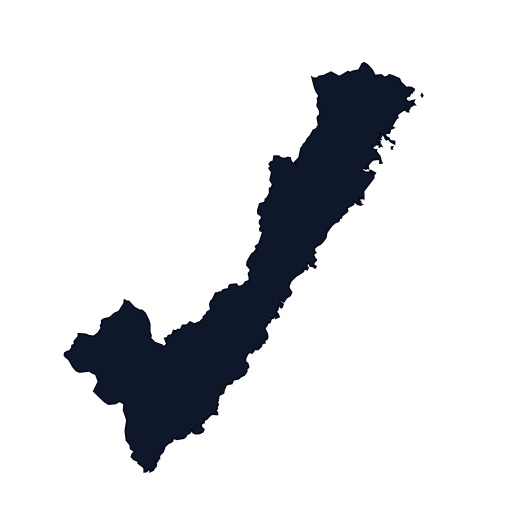 Bolaang Mongondow Selatan, Sulawesi Utara, Indonesia (Natural Earth projection), rotated 315°
{"feature_id": "22746128B14720240696101", "entity_name": "Bolaang Mongondow Selatan", "entity_type": "district", "adm_level": 2, "iso_a3": "IDN", "parent_name": "Indonesia", "parent_adm1": "Sulawesi Utara", "projection": "natural_earth1", "projection_center": [123.982, 0.455], "detail": "fine", "context": "isolated", "style": "filled", "palette": "ink", "viewbox_px": 512, "rotation_deg": 315, "n_neighbors": 0, "source": "geoboundaries", "source_scale": "gbopen_adm2", "svg_char_len": 6085}
<svg xmlns="http://www.w3.org/2000/svg" viewBox="0 0 512 512"><g transform="rotate(315 256 256)"><path d="M101.3,192.4L99.2,194.7L97.0,195.1L95.7,197.5L89.9,198.8L84.5,198.0L81.6,194.3L80.3,191.0L75.5,185.3L73.4,187.3L67.2,187.7L65.2,190.2L62.6,189.1L60.9,190.7L56.6,191.3L55.2,190.0L52.2,189.3L50.3,190.6L49.9,192.7L50.4,196.8L48.2,204.8L47.8,209.8L49.1,213.3L56.8,219.4L57.9,224.1L59.1,226.0L55.8,233.4L45.6,236.8L45.8,251.5L46.9,256.5L52.3,261.0L56.8,262.2L58.1,267.3L53.3,271.3L48.8,280.6L40.0,287.1L34.0,294.7L33.4,300.7L31.0,303.5L32.0,308.3L27.9,308.7L25.8,309.9L25.7,313.6L27.4,317.4L26.1,319.3L27.0,325.1L26.7,327.0L24.2,329.7L26.5,331.2L28.4,330.7L29.7,332.9L28.6,333.7L32.2,334.9L33.7,333.8L34.2,334.4L36.0,333.5L36.4,334.1L38.4,332.8L39.4,330.0L40.3,331.6L41.6,331.6L43.3,330.1L44.3,331.2L46.6,328.9L51.9,328.8L53.0,328.3L52.7,327.2L53.3,326.9L54.2,327.8L56.6,326.4L61.8,326.5L64.0,327.7L65.0,326.9L66.0,328.0L67.2,327.0L69.3,327.0L70.1,329.5L76.0,333.8L78.7,334.1L80.5,333.3L84.5,334.5L86.9,333.4L87.4,334.4L86.6,336.4L87.5,339.0L90.7,341.7L94.2,342.8L96.6,341.9L96.4,339.4L97.3,337.0L99.5,336.2L101.5,337.2L103.4,334.7L104.5,335.5L103.9,335.9L105.7,336.5L111.6,336.4L113.4,337.1L116.6,340.9L118.0,339.6L118.2,336.9L120.8,336.6L121.6,335.1L124.2,334.5L125.4,331.9L127.1,331.5L127.7,330.3L128.9,330.3L130.9,328.3L136.2,330.0L139.0,328.0L144.2,326.1L148.7,329.2L152.3,327.6L156.8,330.5L160.1,330.7L163.5,332.0L168.0,331.1L169.1,329.6L172.4,329.4L174.2,326.0L173.8,324.2L174.6,322.3L177.4,320.5L182.7,319.0L184.5,321.8L187.0,321.8L188.4,320.5L191.2,323.6L195.9,323.7L198.0,322.2L199.0,322.7L199.7,322.1L200.8,323.8L201.9,322.2L203.7,322.2L204.1,321.4L204.1,322.3L205.0,322.6L206.8,321.8L208.8,319.4L210.9,313.6L211.8,313.0L214.3,313.0L216.5,311.8L219.0,312.9L222.5,311.0L224.6,312.4L227.0,311.2L227.6,312.2L226.0,314.1L229.5,315.4L230.7,311.9L229.5,312.0L231.5,308.9L232.6,309.7L236.7,307.5L238.4,308.5L237.1,309.7L237.3,310.6L238.3,310.7L241.1,309.2L240.9,307.3L239.8,306.0L241.5,304.9L242.3,305.2L243.1,308.2L247.8,307.2L252.3,308.2L255.7,306.8L256.5,302.6L257.7,300.6L263.0,298.5L269.7,298.5L277.7,300.4L279.4,300.2L281.0,298.9L282.5,302.0L284.5,301.1L284.6,299.0L287.6,297.6L288.2,299.3L287.1,301.6L288.8,303.2L289.2,306.3L290.1,306.3L291.2,305.7L290.2,303.8L291.8,301.7L295.8,301.6L296.3,300.9L295.3,299.0L296.6,298.4L297.2,296.1L298.4,295.4L300.6,296.0L301.1,293.1L303.0,291.9L306.1,292.0L310.2,293.3L314.0,293.2L318.7,292.3L322.5,289.5L330.9,288.1L335.6,288.4L338.9,290.0L341.7,288.6L343.3,289.5L345.0,288.4L351.7,289.2L353.0,288.8L353.8,286.8L354.7,286.5L361.4,288.6L363.9,286.5L364.4,291.4L365.9,294.0L367.5,294.6L366.2,290.6L367.0,289.9L368.2,291.7L368.8,289.2L369.9,287.8L370.9,288.6L370.6,289.8L371.3,290.2L371.4,289.0L372.7,289.5L372.7,291.7L376.6,287.9L376.6,287.0L378.6,286.2L394.6,284.1L396.1,282.3L399.2,281.7L397.6,276.4L397.0,276.0L396.3,278.3L397.7,279.5L396.5,280.3L395.3,276.9L392.9,274.4L391.4,269.9L394.1,269.8L395.0,272.3L396.3,272.1L396.8,273.3L397.7,272.1L397.6,274.2L398.0,272.5L399.7,270.9L406.4,270.6L411.2,274.4L411.2,276.3L409.2,277.8L411.2,279.8L410.8,278.5L414.1,273.3L414.9,267.0L416.4,266.1L415.1,265.1L414.7,263.1L415.8,260.5L417.6,262.1L419.2,261.7L421.0,263.8L422.3,263.8L421.5,265.7L422.5,267.3L423.2,263.9L424.5,262.9L423.3,260.8L423.9,258.8L426.0,258.5L425.0,261.0L426.8,262.1L427.0,259.9L429.0,260.5L430.5,256.8L431.6,262.3L430.4,264.2L430.4,266.8L431.2,265.0L432.2,264.9L431.7,266.7L432.7,268.5L433.4,266.8L432.5,263.7L433.3,261.2L435.0,261.2L436.9,263.4L439.1,262.7L440.1,261.2L444.2,262.9L443.6,260.9L445.1,260.0L452.3,258.2L454.3,258.5L454.5,257.1L456.7,256.0L463.6,257.3L465.3,258.9L464.7,260.5L465.9,262.0L467.1,260.5L468.8,260.4L469.8,259.5L473.3,260.4L473.7,259.2L475.4,261.6L475.9,258.5L478.1,257.8L473.4,255.1L472.4,252.5L473.9,250.0L476.7,250.5L477.4,251.4L481.1,250.1L481.8,251.2L483.4,250.2L484.6,250.8L485.9,249.9L485.1,246.8L483.0,244.2L481.5,243.9L481.3,235.5L482.8,232.1L480.1,225.2L478.4,222.1L475.8,221.9L473.2,220.4L472.7,216.5L468.4,213.0L467.4,213.3L469.8,206.5L470.0,199.3L469.1,195.9L467.1,195.1L460.3,197.2L454.6,193.5L452.2,192.9L451.6,190.6L442.7,188.4L441.4,187.0L439.1,179.0L431.4,176.3L427.6,173.5L424.9,173.4L422.2,170.7L422.0,169.2L416.7,178.1L414.9,182.2L413.9,187.3L410.6,188.2L409.5,190.2L405.4,192.8L403.7,198.5L401.0,201.2L398.2,201.0L396.7,201.9L392.6,208.0L390.6,207.9L389.1,209.0L385.6,207.5L379.6,209.2L374.7,209.5L372.0,210.7L368.5,210.5L366.6,211.5L364.3,211.4L355.9,216.9L349.7,217.0L348.6,219.4L347.5,214.5L349.6,210.7L348.2,208.8L345.0,207.2L343.0,204.2L342.8,201.6L340.2,198.7L339.2,198.1L335.5,201.1L332.7,199.9L330.3,200.3L329.6,203.4L327.3,203.1L326.4,207.8L319.5,212.3L318.5,217.0L315.3,218.5L313.4,217.7L309.8,221.4L303.8,222.9L303.0,222.3L300.3,224.3L295.5,221.7L289.5,224.9L287.3,227.5L288.0,230.4L287.3,233.2L283.4,233.7L281.4,235.5L280.9,238.7L278.1,239.2L276.7,241.1L278.0,242.9L277.2,244.1L266.8,249.4L262.4,248.8L261.5,251.3L257.9,252.0L254.2,251.5L246.0,253.7L243.0,256.0L242.7,260.5L241.8,262.5L238.3,263.0L235.2,267.6L233.4,268.3L229.9,266.8L227.6,267.4L224.6,267.0L221.8,265.1L222.3,261.9L217.4,258.0L215.8,258.0L214.3,259.3L211.6,259.1L211.1,257.9L208.7,256.7L205.4,256.9L204.6,255.4L203.2,255.4L201.3,253.6L194.6,256.0L191.8,256.0L189.2,257.4L185.9,262.1L181.6,261.0L180.0,262.0L175.7,261.7L174.5,263.1L171.5,262.7L170.1,263.6L169.1,262.4L164.4,260.5L162.7,255.9L158.3,256.0L155.0,253.0L150.5,254.7L148.9,252.7L146.4,252.3L145.0,250.3L140.5,252.4L138.7,250.7L137.1,250.3L135.6,251.2L133.2,249.6L130.8,255.1L126.7,255.3L126.6,252.6L123.3,245.7L123.3,239.3L125.4,238.3L127.4,234.4L132.6,229.3L134.8,225.2L137.2,217.9L137.0,213.7L135.4,212.2L133.6,206.3L134.0,198.0L132.8,196.9L131.8,194.0L129.2,196.2L119.8,198.3L115.4,196.5L108.9,196.1L103.9,192.9L101.3,192.4ZM433.2,274.8L435.1,273.0L432.2,269.1L431.9,269.9L433.2,274.8ZM487.8,258.7L486.5,259.2L486.1,260.8L487.5,260.5L487.8,258.7ZM429.7,275.5L428.6,274.7L427.6,276.4L428.0,276.7L428.1,275.9L429.7,275.5ZM421.4,265.9L420.7,265.7L419.6,266.6L421.4,265.9Z" fill="#0f172a" stroke="#020617" stroke-width="1.5"/></g></svg>